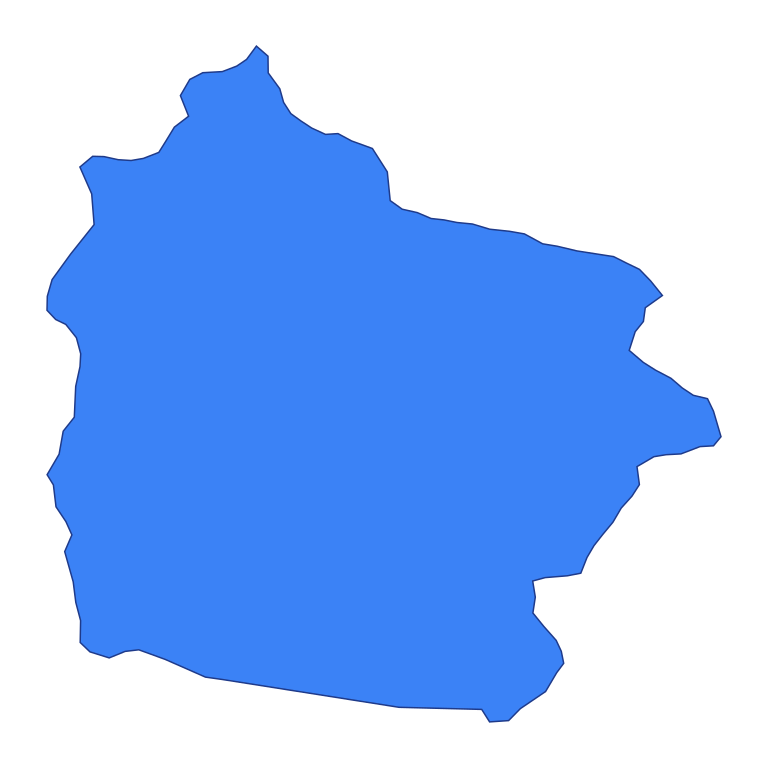 Espírito Santo do Turvo, São Paulo, Brazil (Albers equal-area conic projection)
{"feature_id": "56859067B99207241382744", "entity_name": "Espírito Santo do Turvo", "entity_type": "district", "adm_level": 2, "iso_a3": "BRA", "parent_name": "Brazil", "parent_adm1": "São Paulo", "projection": "albers", "projection_center": [-49.425, -22.663], "detail": "fine", "context": "isolated", "style": "filled", "palette": "blue", "viewbox_px": 768, "rotation_deg": 0, "n_neighbors": 0, "source": "geoboundaries", "source_scale": "gbopen_adm2", "svg_char_len": 1570}
<svg xmlns="http://www.w3.org/2000/svg" viewBox="0 0 768 768"><path d="M662.4,295.5L650.6,280.9L639.5,269.4L626.1,262.9L613.6,256.6L576.8,250.9L557.1,246.2L542.6,243.8L524.4,233.9L509.5,231.3L489.7,229.2L472.4,224.0L457.0,222.5L444.0,219.9L431.1,218.5L417.3,212.6L402.2,209.2L390.2,200.6L387.3,171.9L372.4,148.5L351.5,140.9L338.0,133.6L325.5,134.4L311.8,128.1L300.7,120.8L290.8,113.6L283.6,102.4L279.8,88.8L268.2,72.9L268.0,56.2L256.4,46.1L246.6,59.4L236.7,66.1L222.3,71.6L202.8,72.7L189.8,79.4L180.4,95.6L188.6,116.2L174.4,127.1L165.5,141.7L158.8,152.4L143.4,158.4L131.1,160.5L118.2,159.7L104.0,156.6L92.7,156.3L79.9,167.0L91.7,193.9L94.1,224.6L70.6,254.1L52.1,279.6L47.3,296.3L47.0,310.3L55.7,319.5L65.8,324.4L76.4,337.7L80.7,353.8L80.0,366.6L75.7,386.4L74.3,417.2L63.2,431.2L59.1,454.2L47.1,474.7L53.4,484.9L56.0,506.8L65.9,521.6L71.9,534.9L64.7,551.6L73.2,581.8L75.8,602.4L80.6,620.6L80.2,642.5L90.0,651.9L109.2,657.9L125.1,651.4L138.8,649.8L165.2,659.4L205.4,677.1L222.4,679.5L399.0,707.3L481.7,709.4L489.6,721.9L508.6,720.6L520.4,708.6L532.2,700.6L545.6,691.5L556.7,672.7L563.7,663.3L561.3,651.3L556.2,640.4L543.7,626.3L532.9,613.0L535.3,597.1L532.7,581.0L545.2,577.6L567.3,575.8L580.8,573.2L587.0,557.5L594.0,545.6L602.4,534.9L613.0,522.1L621.2,508.1L632.0,496.1L639.4,484.6L637.0,466.6L653.9,456.7L666.1,454.7L681.0,453.9L700.0,446.6L713.5,445.8L721.0,436.7L713.5,411.2L707.5,398.7L693.3,395.3L682.3,388.0L671.0,378.3L655.6,370.2L643.3,362.4L629.2,350.4L635.2,331.7L643.4,321.5L645.3,307.7L662.4,295.5Z" fill="#3b82f6" stroke="#1e3a8a" stroke-width="1.5"/></svg>